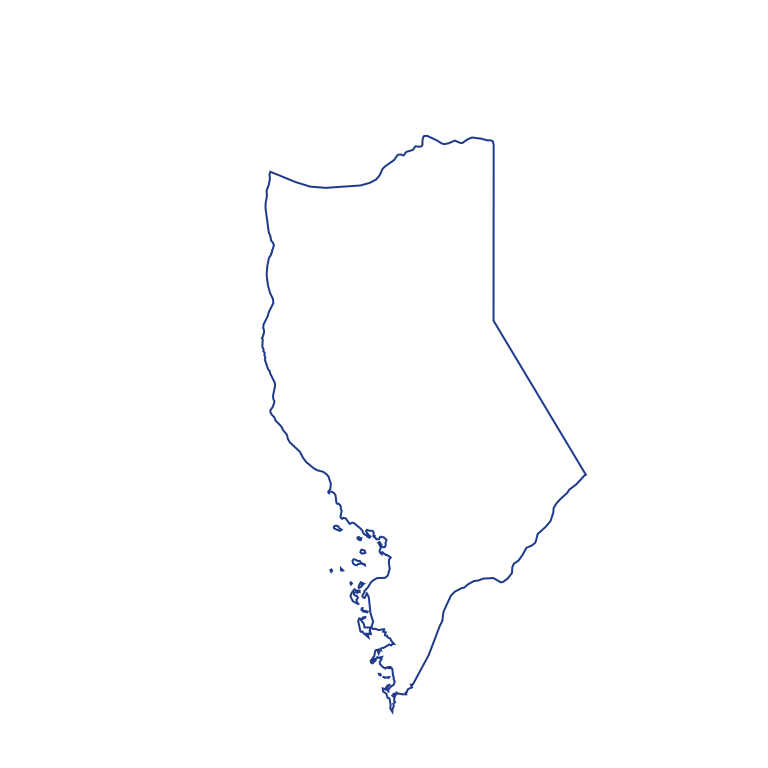 Araeta, Debubawi Keyih Bahri, Eritrea (Mercator projection), rotated 216°
{"feature_id": "51966322B42999406046920", "entity_name": "Araeta", "entity_type": "district", "adm_level": 2, "iso_a3": "ERI", "parent_name": "Eritrea", "parent_adm1": "Debubawi Keyih Bahri", "projection": "mercator", "projection_center": [40.88, 14.412], "detail": "fine", "context": "isolated", "style": "outline", "palette": "blue", "viewbox_px": 768, "rotation_deg": 216, "n_neighbors": 0, "source": "geoboundaries", "source_scale": "gbopen_adm2", "svg_char_len": 6183}
<svg xmlns="http://www.w3.org/2000/svg" viewBox="0 0 768 768"><g transform="rotate(216 384 384)"><path d="M600.7,488.9L599.9,486.4L596.8,482.8L594.2,477.2L592.7,471.5L589.0,467.0L586.0,460.6L583.2,456.6L566.2,438.8L563.3,437.2L559.4,433.5L557.5,433.3L554.7,431.7L553.1,427.3L553.2,426.2L552.0,424.8L552.1,423.3L551.3,422.4L551.2,418.4L547.5,410.4L543.0,403.2L536.1,395.8L529.6,390.6L523.8,387.5L521.1,384.5L519.4,374.3L517.9,370.4L516.5,361.6L514.7,358.3L512.8,357.1L511.0,354.6L510.9,353.1L509.9,351.9L509.8,349.3L508.5,349.0L504.4,342.7L501.7,341.2L501.0,339.7L498.8,339.1L497.8,337.1L495.4,335.6L494.8,333.7L486.6,327.9L483.8,327.1L482.6,325.8L473.2,320.9L471.1,318.6L466.7,309.0L464.5,306.6L462.5,305.6L461.6,303.8L460.5,299.8L460.5,296.1L459.5,294.5L456.8,293.2L453.1,292.6L450.2,290.7L442.1,289.3L438.6,287.4L432.6,285.8L429.5,283.1L425.8,281.4L412.5,279.8L405.9,276.6L401.0,275.1L391.7,274.5L387.6,274.9L381.6,277.2L377.5,277.2L374.7,276.6L368.3,272.0L365.8,267.7L365.7,264.0L365.1,263.4L364.3,263.3L364.6,264.9L363.1,266.1L360.4,266.4L357.9,265.6L352.8,260.0L351.2,259.6L350.5,260.4L348.5,260.3L346.6,259.1L345.6,257.7L343.5,256.3L341.2,251.0L340.0,250.3L338.5,250.4L338.3,251.7L336.1,252.8L329.6,250.6L328.3,253.1L326.2,253.8L317.5,253.2L315.2,252.6L313.5,251.2L310.3,250.9L308.9,253.1L312.0,254.3L312.1,256.0L309.8,256.6L306.8,258.5L304.9,257.8L303.5,254.9L302.3,254.4L302.0,255.0L302.6,255.4L302.2,255.6L301.5,254.3L300.6,254.6L298.7,253.9L296.8,255.7L297.3,257.8L296.8,258.7L295.4,258.9L294.4,259.8L290.4,259.5L289.2,256.0L287.9,254.8L287.5,252.5L289.6,250.9L292.9,252.2L293.6,251.5L290.5,249.8L289.5,246.2L287.9,245.2L285.9,245.0L286.8,246.4L286.4,247.1L284.3,246.7L282.3,247.1L281.9,246.7L280.7,247.5L276.6,247.6L276.7,244.9L274.5,241.6L270.9,238.1L268.3,231.2L269.3,227.7L275.4,223.1L277.2,219.3L278.0,215.8L277.5,210.0L278.1,204.7L277.2,203.8L277.5,201.4L276.8,199.7L275.2,199.1L274.0,199.6L274.7,204.5L271.1,202.7L260.2,190.6L253.0,185.3L251.6,180.5L250.3,179.5L248.8,179.4L247.3,180.8L243.8,181.7L239.9,185.7L239.3,185.4L239.1,183.1L236.6,184.1L236.4,182.7L235.3,181.2L233.6,182.1L232.5,181.2L229.2,181.7L226.9,180.4L223.0,179.6L224.3,178.6L224.6,176.7L226.6,176.4L229.3,170.2L230.5,169.3L231.0,167.4L230.2,166.9L230.8,166.8L231.6,165.4L230.3,164.8L229.8,162.8L231.1,163.6L231.8,165.2L232.6,164.6L232.2,165.5L232.1,166.2L234.2,163.9L234.0,162.3L232.0,158.4L232.0,152.0L230.6,151.0L229.1,151.2L228.4,155.2L229.8,154.6L230.1,152.3L230.9,155.3L229.0,156.8L228.8,159.0L228.2,158.7L225.4,161.7L225.5,160.2L224.7,160.7L224.3,160.1L224.1,156.5L222.7,155.2L219.6,154.4L216.4,154.4L214.9,155.0L216.3,154.8L214.8,156.4L211.2,157.9L213.5,158.0L212.4,158.9L209.7,158.3L205.0,153.1L203.5,152.3L202.7,150.8L200.4,149.5L199.3,146.3L200.4,144.0L201.0,138.9L198.8,137.4L201.0,138.5L203.0,138.0L203.0,142.0L203.4,142.2L202.6,143.4L202.9,143.8L204.0,142.0L203.5,140.0L204.0,139.7L203.8,137.6L206.1,137.0L204.2,134.8L200.0,134.8L196.7,132.2L194.8,132.9L190.2,128.5L188.2,125.2L184.6,123.7L186.0,126.0L186.8,129.2L188.5,130.7L188.0,133.1L189.8,133.8L191.6,137.6L192.3,137.4L192.1,136.5L194.0,136.8L193.4,137.8L194.2,138.8L192.7,140.5L193.2,138.6L192.1,138.0L191.4,141.1L192.0,140.4L192.5,141.7L191.1,141.7L187.2,143.5L183.6,146.0L185.1,147.1L184.3,148.6L185.1,149.9L185.1,151.6L183.0,155.0L185.5,156.5L184.1,157.5L184.3,159.9L188.5,191.0L196.7,221.2L197.5,226.5L202.0,234.7L205.5,252.1L204.7,257.5L201.1,264.7L199.4,266.5L198.4,271.0L195.4,277.5L192.1,280.5L189.3,284.9L181.5,291.3L172.9,292.2L171.3,293.9L169.6,299.4L169.4,306.4L172.5,311.2L173.3,314.9L171.4,320.3L171.5,327.5L172.5,335.3L169.7,339.7L168.4,343.8L168.7,346.0L171.5,352.9L169.2,363.7L168.7,371.0L171.5,379.6L173.8,383.2L174.3,388.8L173.7,394.5L171.8,403.5L172.0,407.4L169.4,416.1L168.0,428.0L167.3,429.2L332.6,499.6L435.9,642.0L438.7,644.3L441.0,643.8L443.9,641.7L449.2,639.8L457.6,635.2L460.2,631.1L462.4,624.8L464.5,623.7L469.7,622.6L473.3,616.6L476.2,613.5L478.7,612.5L484.1,612.2L494.7,610.2L497.3,608.3L497.4,607.1L496.2,603.9L493.5,600.1L493.4,598.6L494.3,597.1L498.3,594.7L498.2,590.4L502.4,584.9L502.5,580.4L505.4,579.4L507.0,578.2L507.6,576.9L507.5,571.1L510.9,561.2L511.6,557.4L510.2,550.2L510.6,544.7L513.8,538.3L519.7,530.8L546.5,508.4L559.7,500.3L574.5,495.3L600.7,488.9ZM254.4,170.4L247.6,169.9L249.6,171.5L250.7,171.0L251.5,171.6L247.6,174.0L248.2,174.6L249.3,173.9L249.7,175.6L250.7,176.0L250.6,176.9L252.3,178.7L256.6,175.6L259.4,178.1L264.1,179.5L261.8,184.1L262.2,184.6L263.7,182.9L264.2,180.4L266.3,179.8L265.6,177.1L257.8,170.1L257.0,169.9L255.9,171.1L254.4,170.4ZM281.7,190.0L275.7,190.7L274.9,191.8L276.1,190.9L278.0,191.2L277.9,191.9L279.4,193.3L279.4,195.7L281.7,196.7L283.0,195.8L285.0,196.3L285.4,197.5L284.4,199.6L283.0,199.3L282.5,200.0L284.2,200.5L281.5,201.6L282.3,202.5L285.3,200.3L287.2,200.6L287.4,195.8L286.5,192.7L281.7,190.0ZM293.2,226.7L297.2,225.8L299.7,226.6L301.1,225.4L304.1,225.1L305.6,224.3L305.6,222.5L303.7,220.7L301.5,220.5L299.3,221.5L299.3,222.7L296.7,225.7L292.8,226.2L293.2,226.7ZM339.4,237.9L334.2,238.9L333.1,239.6L332.7,241.3L335.1,241.0L337.3,241.9L339.3,241.4L340.7,239.9L340.3,238.4L339.4,237.9ZM302.3,233.7L299.8,236.4L301.8,237.9L304.7,236.9L304.9,235.9L304.2,234.0L302.3,233.7ZM286.2,208.2L285.3,204.8L284.4,204.3L283.2,206.7L283.2,208.8L283.9,208.3L285.3,209.5L283.4,209.5L282.9,210.6L286.0,210.1L286.2,208.2ZM314.4,243.2L311.5,243.4L311.0,244.1L311.7,245.8L312.2,245.2L314.0,245.5L315.0,244.9L315.1,243.9L314.4,243.2ZM308.0,250.7L305.4,251.1L305.2,252.5L307.2,252.9L308.4,251.4L308.0,250.7ZM310.5,209.6L309.5,208.1L308.3,208.2L307.5,209.1L310.5,209.6ZM269.5,188.0L267.2,187.7L265.4,188.5L269.3,188.2L269.7,189.9L268.8,190.2L269.4,190.3L269.9,189.8L270.0,189.0L269.5,188.0ZM317.4,203.1L318.0,201.9L316.3,201.0L316.1,202.2L317.4,203.1ZM292.7,203.8L294.2,204.1L294.1,203.0L292.8,202.4L292.7,203.8ZM266.1,189.2L265.3,188.7L263.4,189.3L263.4,190.3L266.1,189.2ZM217.8,146.5L216.9,145.9L214.7,146.4L217.2,146.8L215.7,147.1L216.5,147.3L217.8,146.5ZM210.4,147.4L213.1,146.4L209.7,146.9L210.5,146.9L210.4,147.4ZM294.8,253.5L295.2,252.4L293.3,253.0L294.8,253.5ZM207.6,149.9L209.5,148.0L207.5,148.9L207.6,149.9Z" fill="none" stroke="#1e3a8a" stroke-width="2"/></g></svg>